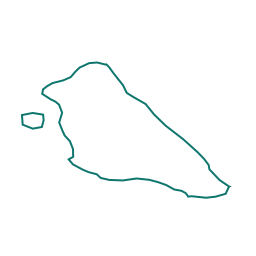 Härnösand, Västernorrland, Sweden, rotated 186°
{"feature_id": "70781695B20063345867362", "entity_name": "Härnösand", "entity_type": "district", "adm_level": 2, "iso_a3": "SWE", "parent_name": "Sweden", "parent_adm1": "Västernorrland", "projection": "natural_earth1", "projection_center": [17.682, 62.713], "detail": "fine", "context": "isolated", "style": "outline", "palette": "teal", "viewbox_px": 256, "rotation_deg": 186, "n_neighbors": 0, "source": "geoboundaries", "source_scale": "gbopen_adm2", "svg_char_len": 954}
<svg xmlns="http://www.w3.org/2000/svg" viewBox="0 0 256 256"><g transform="rotate(186 128 128)"><path d="M61.1,66.1L57.4,66.8L43.1,66.8L33.6,68.9L24.0,72.8L21.6,79.8L21.2,80.2L21.3,80.2L22.0,80.7L31.5,85.8L42.7,95.4L43.9,99.6L49.1,105.2L56.1,111.1L71.8,122.5L90.9,134.3L103.5,144.2L113.0,153.7L126.4,159.6L132.9,162.8L137.5,170.1L148.2,181.0L152.8,186.2L156.1,189.0L156.8,188.7L165.5,189.9L173.3,188.5L182.5,183.0L186.4,178.3L190.3,172.6L197.6,168.5L207.7,164.8L212.6,161.3L216.5,157.6L216.9,153.0L208.2,148.6L202.9,146.6L199.0,144.0L195.1,136.3L197.0,126.2L193.1,118.8L190.2,113.9L184.4,108.8L180.5,101.3L179.5,93.6L183.7,90.6L179.0,86.1L169.1,82.0L162.6,80.0L154.2,78.7L150.0,75.5L141.3,74.4L127.6,75.3L114.2,78.7L101.3,78.7L92.5,77.3L84.1,75.3L75.7,71.7L68.1,71.1L63.9,69.3L61.3,66.6L61.1,66.1ZM213.8,120.0L212.7,126.8L213.8,132.4L224.3,133.0L234.8,129.8L233.1,120.3L222.6,117.4L213.8,120.0Z" fill="none" stroke="#0f766e" stroke-width="2"/></g></svg>